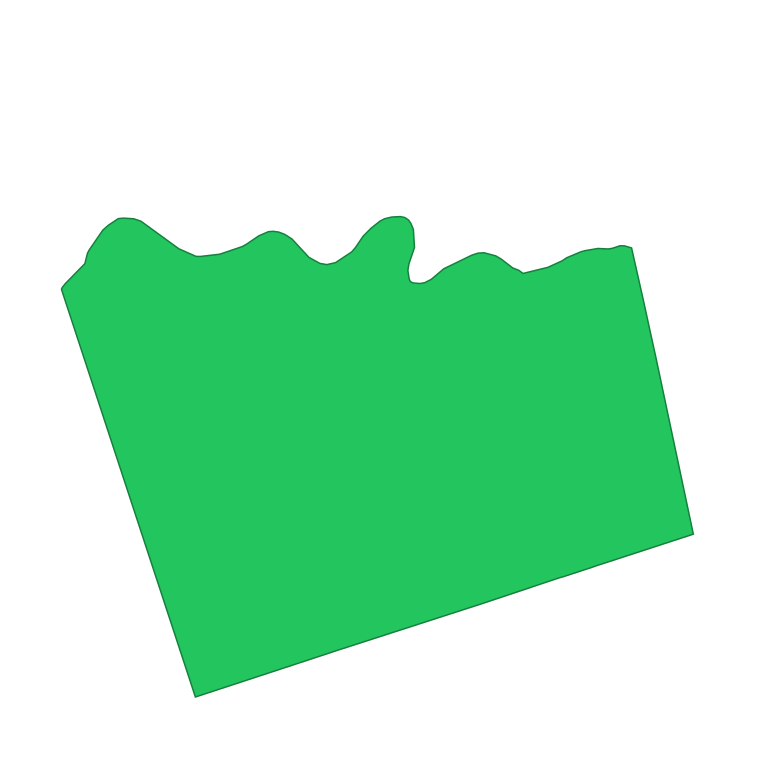 Marshall, West Virginia, United States of America (Albers equal-area conic projection), rotated 72°
{"feature_id": "52423323B69040166298082", "entity_name": "Marshall", "entity_type": "district", "adm_level": 2, "iso_a3": "USA", "parent_name": "United States of America", "parent_adm1": "West Virginia", "projection": "albers", "projection_center": [-80.751, 39.877], "detail": "fine", "context": "isolated", "style": "filled", "palette": "green", "viewbox_px": 768, "rotation_deg": 72, "n_neighbors": 0, "source": "geoboundaries", "source_scale": "gbopen_adm2", "svg_char_len": 1202}
<svg xmlns="http://www.w3.org/2000/svg" viewBox="0 0 768 768"><g transform="rotate(72 384 384)"><path d="M211.1,432.1L207.0,437.1L204.5,442.3L203.4,446.9L204.4,457.3L208.7,472.1L209.5,476.5L209.8,500.1L206.0,519.0L204.5,523.4L191.9,537.4L154.0,564.9L149.5,571.0L145.7,580.6L144.6,585.6L147.8,597.0L150.8,603.9L165.3,622.8L168.0,625.6L177.1,631.3L190.0,656.0L192.8,660.2L194.3,661.5L623.4,660.1L623.1,555.6L622.9,509.5L623.2,359.0L622.5,277.3L622.7,273.3L622.6,242.3L622.5,237.4L622.5,232.5L622.5,232.1L622.5,230.4L622.4,136.2L441.7,117.1L418.1,114.8L384.0,111.4L331.1,106.5L326.9,112.6L325.5,116.7L325.5,124.9L324.9,128.9L321.2,138.7L319.3,151.6L319.1,155.7L320.4,171.3L321.9,176.5L323.7,192.2L321.8,217.6L317.6,220.6L313.4,225.7L301.3,234.0L296.7,238.1L290.1,248.3L288.6,254.1L288.6,260.6L292.9,291.6L299.1,306.8L300.2,313.9L299.6,318.6L297.0,324.8L295.7,326.5L293.8,327.5L291.2,327.5L283.4,326.2L277.5,323.2L263.6,312.8L246.1,308.3L239.5,308.8L235.6,310.0L232.0,312.9L229.8,316.8L227.6,325.0L227.0,332.5L227.9,337.6L231.8,348.1L237.0,358.2L245.4,369.0L248.4,373.9L253.6,392.6L252.8,401.4L249.5,407.7L240.3,416.3L217.7,426.7L211.1,432.1Z" fill="#22c55e" stroke="#15803d" stroke-width="1.5"/></g></svg>